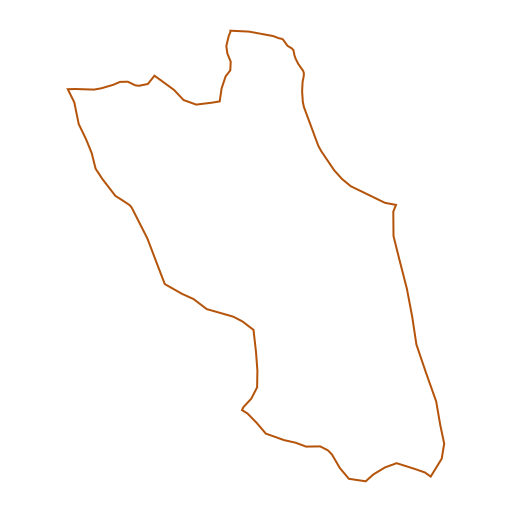 outline of Misratah
{"feature_id": "LBY-2970", "entity_name": "Misratah", "entity_type": "Municipality", "adm_level": 1, "iso_a3": "LBY", "parent_name": "Libya", "parent_adm1": "", "projection": "natural_earth1", "projection_center": [15.024, 30.913], "detail": "fine", "context": "isolated", "style": "outline", "palette": "amber", "viewbox_px": 512, "rotation_deg": 0, "n_neighbors": 0, "source": "natural_earth", "source_scale": "10m", "svg_char_len": 1376}
<svg xmlns="http://www.w3.org/2000/svg" viewBox="0 0 512 512"><path d="M230.4,30.7L248.9,31.6L273.3,36.1L278.7,38.2L281.3,38.7L283.0,39.5L287.5,45.8L291.8,48.4L293.4,50.1L294.5,55.5L295.5,58.4L298.2,63.8L303.2,71.0L303.9,73.3L303.7,76.4L302.6,81.7L302.3,87.6L302.1,91.0L302.8,101.7L303.9,107.0L318.3,145.8L321.2,151.1L334.2,170.3L342.0,179.0L350.9,186.3L384.9,202.8L396.0,204.9L395.4,206.4L393.3,211.6L393.5,236.0L398.9,257.7L406.9,288.8L412.3,317.3L416.4,344.5L425.6,371.6L436.2,401.5L440.2,424.7L444.2,443.7L441.7,458.7L430.7,476.6L425.0,472.5L413.4,468.5L396.6,463.2L385.0,467.4L373.4,474.4L365.7,481.3L348.9,478.8L339.8,468.0L331.9,454.4L328.0,450.4L320.2,446.4L306.0,446.6L295.6,442.7L284.0,440.1L265.8,433.6L256.6,422.8L247.5,413.5L242.0,410.1L243.3,407.3L251.3,398.6L257.1,387.4L257.4,370.6L256.0,352.0L253.5,329.9L243.3,322.1L242.5,321.5L233.3,316.7L206.7,309.1L193.6,299.1L182.3,294.0L164.8,284.1L158.3,267.2L147.4,238.5L131.7,207.6L129.6,205.1L123.0,200.7L115.4,195.9L102.3,178.9L95.6,168.7L91.7,153.1L86.3,139.8L78.7,124.0L74.3,102.4L67.8,89.2L75.1,89.0L94.0,89.6L101.3,88.3L113.2,84.8L120.0,81.9L127.8,81.7L135.2,85.3L138.9,85.8L147.8,84.0L154.5,75.7L174.0,89.9L183.5,100.0L196.2,104.6L211.8,102.7L219.7,101.4L221.6,88.4L225.6,76.4L230.3,70.3L230.7,61.7L227.4,53.6L226.3,46.0L228.8,35.7L230.3,32.3L230.4,30.7Z" fill="none" stroke="#b45309" stroke-width="2"/></svg>